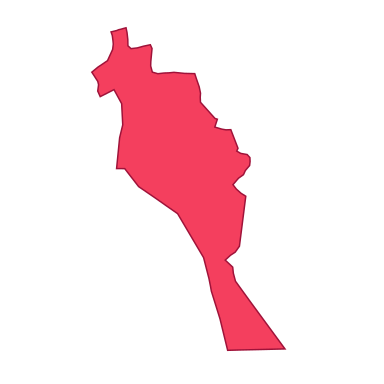 outline of Monguno, Borno, Nigeria, rotated 101°
{"feature_id": "59680162B31936578466171", "entity_name": "Monguno", "entity_type": "district", "adm_level": 2, "iso_a3": "NGA", "parent_name": "Nigeria", "parent_adm1": "Borno", "projection": "albers", "projection_center": [13.558, 12.578], "detail": "fine", "context": "isolated", "style": "filled", "palette": "rose", "viewbox_px": 384, "rotation_deg": 101, "n_neighbors": 0, "source": "geoboundaries", "source_scale": "gbopen_adm2", "svg_char_len": 1191}
<svg xmlns="http://www.w3.org/2000/svg" viewBox="0 0 384 384"><g transform="rotate(101 192 192)"><path d="M115.9,300.3L106.4,288.1L118.7,277.9L139.3,272.8L152.5,273.4L183.4,270.5L181.9,262.5L196.9,245.4L204.6,227.6L210.6,214.2L216.0,202.0L254.2,168.1L273.8,158.8L280.9,155.9L285.6,154.1L311.2,140.3L340.6,126.8L338.1,115.6L334.1,97.2L328.3,70.8L298.2,103.4L288.6,113.8L271.3,132.3L263.9,135.9L258.0,137.7L252.5,146.4L246.8,142.2L242.8,138.1L236.2,135.1L185.9,138.4L183.9,143.6L180.7,149.0L177.0,153.2L169.6,149.0L165.2,144.8L160.7,143.7L155.0,140.5L151.0,140.8L147.2,141.7L144.7,145.0L144.8,151.5L143.3,155.9L140.3,155.2L123.4,165.8L124.5,170.5L124.6,174.7L123.9,182.0L115.7,181.0L115.4,183.5L102.3,200.8L97.4,202.0L93.4,202.5L87.4,205.0L79.8,209.4L75.3,211.9L77.0,222.0L78.0,232.6L79.5,237.6L80.5,242.0L82.4,248.1L81.9,253.8L76.2,256.6L72.0,257.3L58.8,258.6L55.4,261.0L58.2,267.6L61.0,273.2L62.9,279.2L60.7,282.8L54.6,284.1L47.9,286.2L43.4,288.1L44.7,290.8L45.7,292.7L46.7,295.0L47.8,296.6L50.3,302.0L53.6,300.1L58.4,298.5L61.8,297.5L67.2,297.1L79.2,300.0L87.4,308.2L93.5,313.2L101.4,305.6L104.5,304.2L110.9,303.8L115.9,300.3Z" fill="#f43f5e" stroke="#9f1239" stroke-width="1.5"/></g></svg>